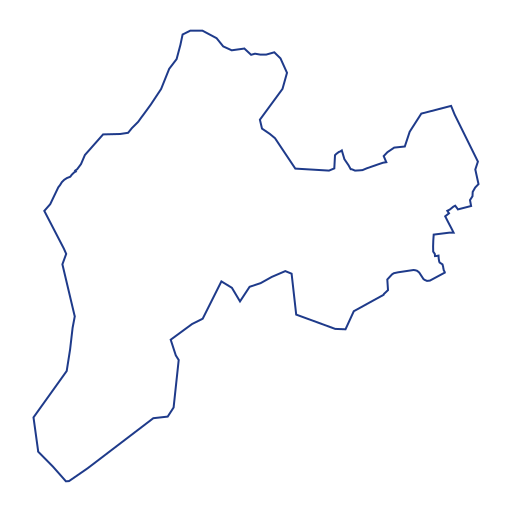 Egbedore, Osun, Nigeria (orthographic projection)
{"feature_id": "59680162B61270202433812", "entity_name": "Egbedore", "entity_type": "district", "adm_level": 2, "iso_a3": "NGA", "parent_name": "Nigeria", "parent_adm1": "Osun", "projection": "orthographic", "projection_center": [4.451, 7.783], "detail": "fine", "context": "isolated", "style": "outline", "palette": "blue", "viewbox_px": 512, "rotation_deg": 0, "n_neighbors": 0, "source": "geoboundaries", "source_scale": "gbopen_adm2", "svg_char_len": 2101}
<svg xmlns="http://www.w3.org/2000/svg" viewBox="0 0 512 512"><path d="M182.6,34.5L180.4,44.9L176.6,59.1L169.2,68.8L161.1,89.0L150.7,104.7L144.2,113.6L141.2,117.6L138.2,121.8L131.9,128.1L128.1,132.8L120.1,134.0L103.1,134.4L84.9,155.0L81.0,164.1L77.1,169.3L75.2,170.6L75.8,171.5L74.4,172.2L72.8,173.7L71.7,174.8L70.3,176.7L69.1,177.2L67.0,178.0L64.2,179.8L61.8,182.2L60.1,185.0L58.3,187.3L50.2,204.2L44.3,210.9L63.8,248.5L66.2,253.9L62.4,264.3L74.6,315.8L74.8,316.2L72.6,327.8L70.1,349.4L66.7,371.0L33.5,417.4L38.1,450.8L38.1,451.6L53.0,466.7L65.9,481.3L69.0,481.1L87.6,468.3L153.3,418.2L167.7,416.6L173.6,407.5L178.7,360.0L175.8,355.4L170.7,339.7L192.1,324.0L202.7,318.7L221.4,281.4L231.9,287.8L240.0,301.4L249.6,286.8L260.7,283.1L271.8,276.9L285.3,271.1L291.6,273.7L296.2,314.6L335.2,328.9L345.5,329.3L353.8,311.2L383.6,294.8L383.9,294.0L388.0,290.1L387.3,279.5L390.6,275.9L392.1,274.3L393.9,273.2L398.1,272.3L410.2,270.5L413.6,270.0L415.5,270.3L417.1,270.8L419.2,272.5L423.5,279.1L424.7,279.9L427.0,280.9L429.9,280.6L444.8,272.6L444.7,272.0L443.7,270.1L443.5,268.8L443.3,268.2L443.2,267.1L442.5,264.4L439.6,262.5L439.2,261.5L438.7,258.6L438.5,255.6L436.4,256.0L435.0,256.1L434.8,253.9L433.2,251.6L433.1,246.3L433.3,240.4L433.7,234.6L449.0,232.7L453.6,232.7L451.5,228.5L448.3,222.4L445.2,216.3L449.0,213.3L447.3,210.8L449.9,209.5L453.3,206.7L455.2,205.7L457.4,208.6L457.9,209.4L471.1,206.0L470.0,200.1L472.5,196.2L472.7,191.9L475.2,187.5L478.5,184.1L475.3,169.5L477.9,161.6L454.6,114.5L451.1,105.9L421.3,113.6L409.7,131.7L404.8,146.5L394.2,147.6L387.4,152.2L383.7,156.1L386.3,162.2L383.1,162.7L378.6,164.2L366.8,168.3L362.5,170.1L358.9,170.4L355.0,170.6L352.9,169.7L351.5,169.2L350.7,169.2L348.5,165.2L344.4,159.2L341.8,150.4L340.2,151.5L338.8,152.0L336.3,153.9L335.0,155.2L334.3,168.4L329.0,170.6L295.3,168.6L275.0,138.2L269.8,133.9L262.0,128.6L259.9,119.7L282.5,88.9L287.0,72.8L281.3,60.2L280.5,58.4L274.3,52.3L266.2,54.6L260.3,54.6L255.0,53.7L251.1,54.8L244.3,48.5L244.0,48.6L231.7,50.3L223.2,46.4L216.6,38.2L202.5,30.7L190.2,30.7L182.6,34.5Z" fill="none" stroke="#1e3a8a" stroke-width="2"/></svg>